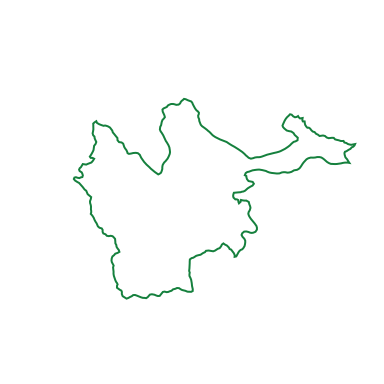 Turmalina, Minas Gerais, Brazil (orthographic projection), rotated 301°
{"feature_id": "56859067B92924198369136", "entity_name": "Turmalina", "entity_type": "district", "adm_level": 2, "iso_a3": "BRA", "parent_name": "Brazil", "parent_adm1": "Minas Gerais", "projection": "orthographic", "projection_center": [-42.797, -17.256], "detail": "fine", "context": "isolated", "style": "outline", "palette": "green", "viewbox_px": 384, "rotation_deg": 301, "n_neighbors": 0, "source": "geoboundaries", "source_scale": "gbopen_adm2", "svg_char_len": 6059}
<svg xmlns="http://www.w3.org/2000/svg" viewBox="0 0 384 384"><g transform="rotate(301 192 192)"><path d="M66.9,190.8L68.5,192.1L70.0,192.9L71.6,194.0L73.4,194.7L74.4,196.3L74.8,198.2L75.5,202.7L76.0,204.5L76.8,205.9L77.4,207.4L79.1,208.2L81.0,208.5L82.4,208.8L83.7,210.3L84.6,212.7L84.9,214.9L85.3,216.4L86.3,217.8L91.3,218.5L92.5,219.8L93.1,221.9L94.1,223.1L95.5,224.1L96.8,225.3L98.8,225.9L100.5,227.6L102.0,228.6L102.9,230.4L102.8,232.5L102.9,234.0L103.9,237.2L104.2,239.4L106.0,242.7L107.5,243.6L109.1,242.7L111.4,240.5L113.9,238.6L116.4,236.4L117.7,234.7L118.7,233.1L120.3,232.1L121.7,231.6L122.9,230.2L125.1,229.2L129.6,226.8L131.3,225.8L133.1,224.9L135.1,225.7L136.4,227.0L139.5,228.5L141.0,229.9L142.7,231.7L144.1,232.3L145.5,233.0L147.1,234.1L148.8,234.3L150.4,236.4L152.1,240.7L153.6,241.9L156.5,243.3L158.1,244.6L160.4,244.9L162.3,244.7L164.1,245.4L163.9,247.3L164.1,249.5L163.4,252.2L162.5,253.6L162.8,255.2L161.1,259.4L159.9,261.1L158.4,261.9L159.6,263.1L162.2,263.0L164.0,262.9L165.6,263.0L167.3,263.5L168.8,264.6L170.4,264.9L172.7,264.9L174.6,264.3L176.2,263.6L177.7,262.7L178.9,260.9L179.6,258.4L180.7,256.6L182.5,256.3L184.9,257.1L186.1,258.8L186.8,260.9L187.1,262.9L187.7,264.3L188.7,265.5L190.6,266.9L193.2,267.0L194.8,266.1L196.1,264.7L197.4,261.7L199.3,256.3L200.1,254.6L201.0,253.0L202.3,251.5L204.0,250.9L206.1,250.9L208.5,250.3L209.8,249.1L210.9,247.6L212.7,245.8L212.6,242.9L211.8,241.7L211.0,240.0L210.4,238.1L208.6,238.7L206.5,238.1L207.4,236.9L208.9,235.8L208.8,234.2L208.0,233.0L208.6,230.4L209.8,229.3L211.2,228.7L212.9,228.3L215.7,232.1L216.8,233.7L217.9,234.6L218.9,235.8L220.4,236.8L223.9,237.9L226.6,239.3L228.7,240.6L230.9,240.8L231.9,238.8L230.5,234.8L231.3,232.6L232.5,231.2L233.7,230.3L233.6,228.6L235.9,228.3L237.6,229.1L238.8,230.4L240.2,231.5L241.8,232.8L243.3,234.6L244.8,236.5L245.9,238.2L247.0,241.0L248.1,244.5L248.2,246.1L248.6,248.3L249.3,250.3L251.6,255.3L253.0,257.4L255.0,258.9L256.3,260.5L257.1,262.0L257.7,263.8L258.8,265.3L260.5,266.9L263.1,268.3L265.1,270.6L266.6,271.5L268.0,272.0L269.9,272.2L273.4,272.3L275.1,272.5L279.0,273.3L280.8,274.3L282.7,276.1L283.8,278.1L285.0,279.8L286.5,281.4L287.6,283.3L288.2,285.1L288.2,286.6L288.0,288.5L287.6,290.6L287.3,292.3L287.3,294.5L287.6,296.5L289.5,300.0L290.5,301.6L293.3,305.0L294.7,306.4L296.0,308.0L297.3,310.1L298.0,311.9L298.9,310.0L299.9,308.2L300.7,305.7L302.5,303.7L303.9,302.6L305.3,302.4L306.5,303.4L308.8,304.5L310.6,305.6L312.5,305.9L313.9,306.9L315.6,307.3L317.1,307.1L314.4,304.1L313.8,302.4L313.4,300.9L313.5,299.1L312.9,297.1L313.8,295.6L312.4,293.4L311.9,291.1L311.2,289.0L310.8,287.5L311.4,285.6L310.5,284.0L308.5,281.4L308.1,279.4L308.5,277.1L307.9,275.2L305.7,272.5L306.0,270.4L305.8,268.4L306.5,266.2L306.0,264.4L306.4,262.5L307.2,260.6L307.3,259.0L306.5,257.8L306.9,256.3L307.8,254.5L309.0,253.3L310.5,252.2L309.6,250.6L310.5,249.5L312.4,248.7L310.7,246.8L311.0,245.0L311.7,243.8L310.2,243.0L309.1,241.8L309.0,239.8L309.6,237.6L309.1,236.0L307.2,235.6L305.2,235.0L303.2,234.7L300.9,234.7L297.3,235.1L295.5,235.4L294.6,236.5L294.0,238.3L293.5,241.5L294.1,243.7L295.0,246.0L294.8,248.7L293.8,250.6L293.0,254.7L290.7,255.8L288.8,254.7L287.3,253.3L284.6,252.4L282.4,251.9L280.1,251.0L276.9,249.5L272.7,246.9L271.3,245.8L269.5,244.1L267.9,242.4L262.7,237.2L258.5,233.8L257.1,232.5L256.2,231.3L255.3,229.8L254.0,228.2L252.5,227.0L250.9,225.3L250.5,222.9L250.9,221.0L251.1,219.5L251.7,217.3L252.2,214.5L252.5,209.8L252.6,205.1L252.5,202.3L252.5,199.7L252.7,195.9L251.5,189.0L251.1,183.8L251.2,181.2L251.5,179.6L252.0,177.9L252.5,175.9L252.7,174.2L253.0,172.8L253.3,170.2L253.6,166.6L254.2,164.8L256.6,161.7L258.2,160.5L259.2,159.0L260.7,157.9L262.3,157.7L263.5,157.1L264.1,155.6L264.3,153.9L264.8,152.5L265.6,150.9L267.6,147.6L268.6,146.3L269.2,144.8L268.5,141.1L268.3,138.9L267.7,137.2L266.2,136.8L264.7,136.2L263.2,136.0L261.8,136.2L260.0,135.5L258.6,133.6L258.2,131.9L257.7,130.4L256.6,128.7L255.2,127.6L253.8,126.8L251.9,126.6L249.0,124.6L247.5,124.2L245.8,125.5L243.6,128.7L242.2,130.2L240.8,130.1L238.5,129.6L236.4,130.0L233.4,131.1L231.5,131.2L229.0,132.3L227.8,133.9L227.2,135.4L225.8,138.1L222.2,143.4L221.6,144.8L220.0,147.7L218.5,149.7L216.6,151.3L214.9,152.6L213.2,153.3L210.7,153.7L208.1,153.9L204.6,153.4L203.3,153.0L201.9,152.9L199.9,153.0L198.1,153.7L196.4,154.7L194.5,155.2L192.6,155.5L190.9,154.8L189.7,154.0L190.0,149.8L190.8,144.6L191.3,142.8L192.1,138.8L192.6,137.2L193.1,135.5L195.1,131.0L195.9,129.7L197.0,128.1L197.4,125.6L196.6,123.6L195.1,121.5L193.6,120.0L192.2,118.3L192.1,116.8L193.1,115.7L194.1,114.2L194.9,112.2L195.6,110.9L196.6,109.7L198.0,108.1L198.2,106.1L197.2,103.8L198.0,101.5L199.9,100.2L200.5,98.4L201.7,95.2L202.3,93.4L203.6,92.0L205.0,88.5L205.0,86.4L204.7,84.8L204.2,83.2L203.2,82.1L202.7,79.9L202.3,77.5L202.3,75.0L203.4,73.5L201.5,72.6L199.8,72.1L198.4,73.0L194.9,75.2L192.9,76.0L191.1,76.6L189.7,78.1L189.3,79.8L187.8,81.0L186.8,82.4L185.6,84.2L183.5,84.6L181.2,84.3L177.2,86.0L175.5,86.2L173.4,86.3L171.5,86.3L169.7,86.2L169.1,87.6L170.0,89.2L170.1,91.0L167.8,91.0L165.5,90.6L162.3,88.1L161.0,87.2L159.7,84.0L156.0,84.0L154.6,83.5L153.0,83.7L152.1,84.9L152.0,87.4L151.1,88.7L150.0,89.9L148.3,90.3L147.2,89.1L145.9,88.3L145.2,86.4L144.9,84.9L143.8,83.8L142.3,84.0L141.6,85.8L141.5,88.5L141.6,90.6L140.0,95.7L138.8,98.7L138.6,100.7L136.4,103.7L135.7,108.2L133.8,108.9L131.6,109.3L130.0,110.4L128.9,111.7L127.8,112.7L126.5,113.5L125.2,114.2L123.8,115.4L122.6,116.1L121.1,116.5L120.5,118.6L119.3,121.0L118.0,122.7L116.9,124.5L116.0,126.4L114.1,129.0L113.7,131.1L114.3,133.4L113.5,134.9L111.8,135.9L110.8,137.3L111.2,139.7L110.6,141.5L111.3,143.4L112.6,144.9L113.2,146.7L112.8,148.4L112.2,150.2L110.3,151.6L108.5,152.8L107.6,154.4L106.2,155.5L105.3,157.2L104.6,159.1L103.3,160.6L101.5,159.6L99.6,158.0L97.6,157.7L95.8,157.0L93.7,157.4L91.8,158.3L90.6,159.4L88.6,162.7L86.7,163.2L83.3,165.8L81.4,166.9L79.9,168.2L77.0,171.6L76.0,173.0L75.3,174.6L74.5,175.8L73.0,176.0L71.3,177.0L71.0,180.4L71.1,182.2L70.2,183.4L68.4,184.4L67.0,186.2L66.9,190.8Z" fill="none" stroke="#15803d" stroke-width="2"/></g></svg>